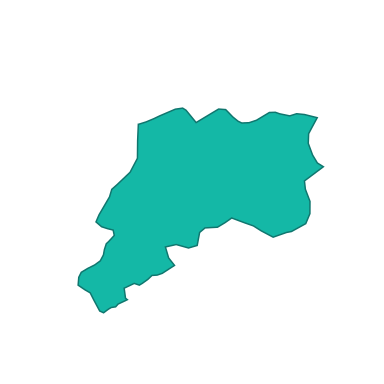 Gapyeong-gun, Gyeonggi, South Korea (Albers equal-area conic projection), rotated 59°
{"feature_id": "91817680B96761005572442", "entity_name": "Gapyeong-gun", "entity_type": "district", "adm_level": 2, "iso_a3": "KOR", "parent_name": "South Korea", "parent_adm1": "Gyeonggi", "projection": "albers", "projection_center": [127.464, 37.798], "detail": "fine", "context": "isolated", "style": "filled", "palette": "teal", "viewbox_px": 384, "rotation_deg": 59, "n_neighbors": 0, "source": "geoboundaries", "source_scale": "gbopen_adm2", "svg_char_len": 1303}
<svg xmlns="http://www.w3.org/2000/svg" viewBox="0 0 384 384"><g transform="rotate(59 192 192)"><path d="M192.8,46.4L183.5,55.7L178.8,62.0L177.1,69.0L170.1,76.6L166.6,79.5L163.7,84.7L163.7,91.7L163.7,99.8L162.0,107.4L158.5,113.8L155.0,116.1L148.6,118.4L143.3,119.6L138.7,120.7L134.6,126.5L134.6,152.7L118.8,155.0L115.3,156.8L112.4,163.7L110.1,180.6L109.5,187.0L108.3,195.2L106.5,202.7L106.3,203.1L119.9,212.1L135.0,221.4L143.2,234.9L147.2,252.9L148.4,259.4L153.7,265.2L161.8,280.0L163.6,283.3L168.2,289.7L175.2,287.4L179.9,283.3L184.0,279.2L189.2,281.0L191.6,289.2L192.2,292.1L196.2,296.7L200.3,300.3L203.8,306.1L204.4,313.1L203.8,320.7L203.8,328.3L206.8,333.0L213.2,337.6L220.8,334.1L226.0,331.2L234.2,331.8L246.5,332.4L250.0,330.0L249.4,324.2L249.4,320.7L251.1,316.6L250.0,313.1L251.0,302.9L248.8,303.7L239.5,299.7L240.6,288.6L244.7,285.1L244.7,281.5L244.1,274.5L242.9,269.3L245.3,264.6L246.4,259.4L245.9,244.8L236.5,246.0L225.4,243.1L228.9,232.6L238.2,223.8L240.5,215.1L230.6,206.3L229.5,199.3L235.3,188.3L235.3,179.5L234.7,171.4L245.7,162.6L252.7,156.8L260.9,152.7L272.5,145.7L275.4,131.7L277.1,127.1L277.7,110.8L271.3,102.1L260.8,95.7L248.0,93.4L240.4,89.9L238.0,66.4L231.7,69.6L222.4,69.6L210.2,67.3L202.1,62.0L198.6,56.2L192.8,46.4Z" fill="#14b8a6" stroke="#0f766e" stroke-width="1.5"/></g></svg>